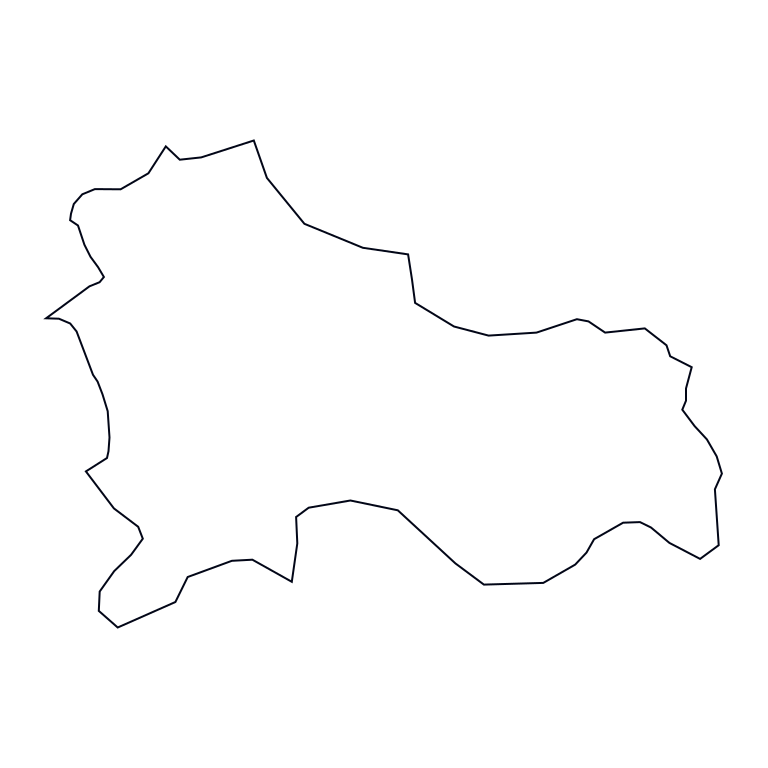 map outline of Ljubljana (Albers equal-area conic projection)
{"feature_id": "SVN-962", "entity_name": "Ljubljana", "entity_type": "Statistical Region", "adm_level": 1, "iso_a3": "SVN", "parent_name": "Slovenia", "parent_adm1": "", "projection": "albers", "projection_center": [14.556, 46.06], "detail": "fine", "context": "isolated", "style": "outline", "palette": "ink", "viewbox_px": 768, "rotation_deg": 0, "n_neighbors": 0, "source": "natural_earth", "source_scale": "10m", "svg_char_len": 1127}
<svg xmlns="http://www.w3.org/2000/svg" viewBox="0 0 768 768"><path d="M718.7,545.2L700.1,558.9L669.4,542.9L651.0,527.5L640.0,522.1L623.1,522.7L594.1,539.2L586.5,552.6L575.2,564.6L543.3,582.9L483.9,584.6L455.4,563.4L397.8,510.3L350.4,500.5L308.7,507.7L296.1,517.0L297.3,543.4L291.8,581.8L252.4,559.7L231.9,560.8L187.7,577.0L175.4,602.0L117.7,627.5L98.8,610.9L99.7,591.5L114.2,571.1L131.1,554.8L142.8,538.7L138.2,526.8L113.9,508.4L85.9,471.4L107.0,458.0L108.5,451.2L109.5,437.5L107.7,411.2L102.5,394.3L97.6,381.6L93.0,374.8L76.6,331.5L70.2,323.5L58.9,318.7L46.1,318.3L89.5,286.3L99.6,282.2L103.9,277.0L98.1,267.2L90.5,256.8L84.4,244.7L78.0,225.5L70.1,220.2L71.0,213.7L73.8,204.0L82.3,194.3L94.9,189.1L120.6,189.3L148.4,173.3L165.8,146.4L179.8,159.7L201.2,157.4L253.8,140.5L266.9,177.9L304.4,223.8L362.9,247.8L408.1,254.4L412.0,279.5L415.1,302.9L454.0,326.5L488.6,335.6L536.5,332.6L576.9,319.2L588.5,321.4L605.1,332.6L644.8,328.4L666.5,345.3L670.2,356.3L691.7,367.2L686.0,388.5L686.0,400.7L682.3,409.7L694.6,426.1L706.9,439.4L716.7,456.4L721.9,473.6L714.9,489.3L718.7,545.2Z" fill="none" stroke="#020617" stroke-width="2"/></svg>